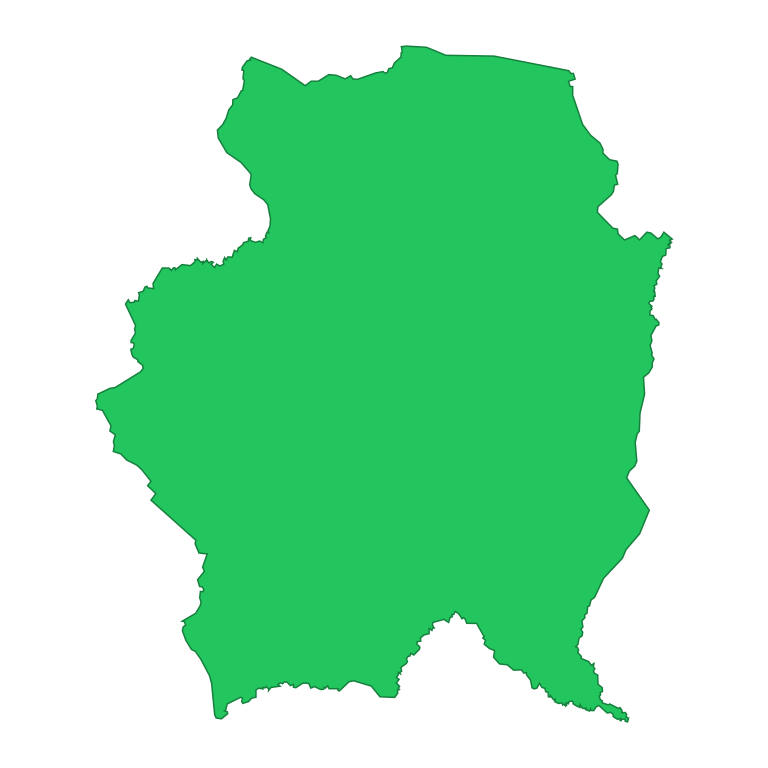 Mueang Udon Thani, Udon Thani, Thailand (Robinson projection)
{"feature_id": "78962969B37195167988634", "entity_name": "Mueang Udon Thani", "entity_type": "district", "adm_level": 2, "iso_a3": "THA", "parent_name": "Thailand", "parent_adm1": "Udon Thani", "projection": "robinson", "projection_center": [102.8, 17.39], "detail": "fine", "context": "isolated", "style": "filled", "palette": "green", "viewbox_px": 768, "rotation_deg": 0, "n_neighbors": 0, "source": "geoboundaries", "source_scale": "gbopen_adm2", "svg_char_len": 6057}
<svg xmlns="http://www.w3.org/2000/svg" viewBox="0 0 768 768"><path d="M217.4,130.1L218.3,138.1L226.8,152.6L241.2,162.6L250.2,173.0L251.2,174.9L249.7,184.8L251.1,189.0L254.9,193.8L263.8,199.8L267.7,204.5L270.5,218.8L270.0,226.1L268.0,230.8L268.7,232.7L267.0,232.2L265.5,236.1L266.5,237.5L263.4,239.3L262.8,242.8L259.7,241.0L255.6,242.4L250.3,240.5L250.7,237.7L248.6,238.3L248.2,241.3L243.6,242.6L242.6,245.0L238.2,248.1L237.2,251.8L234.4,250.4L232.2,257.2L227.9,256.9L226.1,259.9L224.6,257.6L223.1,261.4L223.8,264.1L219.9,266.0L216.6,264.1L214.7,267.5L211.2,264.3L213.3,262.3L211.3,261.5L208.7,262.9L206.9,260.0L206.9,261.4L205.8,260.8L202.8,263.6L203.1,261.4L200.7,262.2L197.3,258.3L197.1,260.0L194.9,259.6L195.0,261.9L190.4,265.6L182.0,264.6L175.5,269.7L174.9,267.7L173.2,268.0L171.5,270.4L169.0,268.1L162.3,268.0L153.0,283.5L153.6,288.6L147.6,287.9L146.9,286.3L144.8,287.2L143.3,291.2L138.6,292.7L139.4,294.7L138.4,301.2L134.8,300.5L134.4,302.2L129.8,302.7L128.3,299.8L125.5,304.1L135.6,325.6L134.6,329.0L135.5,333.1L131.1,340.4L131.1,342.6L133.5,342.8L134.3,344.9L133.1,348.6L130.8,349.3L131.9,354.2L133.3,357.1L137.6,359.6L137.9,361.6L142.5,365.2L143.1,368.5L140.4,371.9L115.0,387.6L109.8,388.4L97.9,394.1L97.3,398.9L95.8,400.6L97.4,406.4L96.7,408.9L102.4,410.3L111.0,425.8L109.9,431.0L115.3,434.8L113.4,441.6L114.4,445.6L113.3,451.5L120.8,453.9L126.7,460.0L136.8,465.1L141.9,469.8L151.0,481.3L147.6,485.7L155.8,493.6L151.0,500.2L195.9,540.3L195.1,543.8L199.0,553.0L207.2,553.9L202.6,567.2L204.4,571.2L197.6,579.7L199.6,586.5L202.3,586.9L203.8,589.7L203.2,591.6L200.4,591.5L199.7,597.8L201.1,602.2L200.1,605.8L195.7,613.3L182.2,621.2L184.4,621.6L185.6,625.0L183.1,627.1L182.4,630.7L185.8,640.2L191.5,649.5L195.4,651.4L200.8,659.2L209.5,675.6L211.6,683.3L214.7,714.9L216.2,718.0L221.5,718.8L227.7,713.7L227.3,711.8L224.4,710.8L225.8,709.7L227.2,703.9L240.7,697.3L242.5,698.3L241.7,701.4L242.7,703.4L248.5,701.6L251.6,698.2L256.0,697.2L255.9,690.0L258.7,688.2L262.9,688.9L262.5,687.6L265.0,687.9L266.1,686.6L268.7,688.9L268.6,690.5L271.1,687.4L280.1,686.2L277.9,684.3L280.3,682.9L282.6,683.7L284.5,681.9L287.1,682.1L290.3,685.6L293.5,684.4L293.4,687.2L295.8,687.7L302.8,683.2L307.2,683.2L308.8,683.5L310.8,688.1L314.5,686.6L320.6,689.5L323.7,689.3L324.1,687.3L325.5,688.1L327.7,685.8L329.1,688.7L338.2,688.7L338.0,690.5L339.4,690.9L349.1,681.7L353.8,680.8L371.3,686.1L380.0,696.8L394.7,697.4L397.7,693.2L397.4,690.2L399.4,689.5L398.2,688.2L399.6,686.4L396.4,682.9L399.1,679.4L396.4,677.4L398.4,674.6L398.2,672.5L400.3,673.7L399.7,672.4L401.6,671.3L400.9,667.4L406.3,663.5L407.4,661.7L406.4,658.9L408.1,656.2L409.8,656.1L410.9,653.3L413.8,655.0L419.5,649.2L419.8,646.9L416.9,644.1L417.1,641.8L420.8,641.1L420.4,638.1L423.9,635.0L429.1,633.7L429.2,628.5L431.9,630.4L432.5,628.1L434.1,628.0L432.5,625.2L432.9,622.4L443.9,619.4L448.6,622.4L450.0,617.7L452.3,616.7L451.7,614.7L453.8,614.5L455.1,611.4L458.8,613.8L462.0,618.8L463.6,617.7L465.1,618.9L466.7,623.3L476.6,623.4L484.1,636.7L482.8,638.0L485.5,640.2L484.2,644.2L489.5,648.5L494.6,650.6L493.6,657.2L499.5,663.9L507.4,664.8L513.5,670.1L521.6,669.9L523.7,673.1L526.4,672.7L526.5,674.8L530.6,680.2L532.0,687.8L534.2,688.9L536.9,688.1L539.5,683.3L542.0,687.5L544.9,688.3L545.7,691.7L548.1,692.3L548.4,696.8L550.0,697.0L550.4,695.6L553.7,699.9L555.3,699.2L554.9,701.7L558.6,703.5L562.0,702.8L562.7,705.1L564.1,704.2L565.3,705.8L565.8,704.3L566.6,706.1L566.5,702.7L568.3,703.7L569.2,701.5L572.1,701.2L573.4,702.2L573.0,703.7L575.9,705.6L580.0,707.5L580.0,704.7L582.7,708.5L586.0,708.2L585.5,709.5L589.3,711.0L590.5,709.0L590.7,710.5L593.8,710.6L595.9,707.1L598.9,705.4L607.2,713.0L610.9,712.4L613.2,714.5L613.1,716.5L617.5,719.3L620.4,718.5L620.1,720.4L621.1,720.7L621.5,719.2L624.9,719.1L625.2,721.2L627.5,721.9L628.6,718.1L626.1,717.0L626.6,714.3L625.3,712.5L621.7,712.7L622.1,710.8L620.1,707.6L618.4,708.4L609.8,704.0L608.3,704.9L602.2,702.8L602.3,700.8L600.2,699.7L599.3,695.9L600.6,694.9L600.2,692.5L602.5,691.5L602.2,687.7L598.0,684.2L597.7,675.1L594.3,673.2L593.5,670.8L594.8,668.8L593.4,666.8L593.9,663.5L591.3,665.3L588.6,661.5L581.0,658.4L581.4,656.4L577.7,652.5L578.6,650.3L577.5,647.5L575.7,646.7L577.9,644.5L579.0,638.1L582.1,635.8L582.7,632.3L580.9,629.2L582.9,627.0L581.9,620.8L584.9,617.7L584.5,615.0L587.0,613.1L587.7,606.6L589.5,605.9L591.0,600.0L594.6,597.3L603.6,578.2L622.4,558.2L626.1,549.5L639.6,533.8L649.3,510.2L626.6,477.8L629.4,471.0L634.6,466.2L636.8,461.1L635.2,442.4L637.2,433.8L639.3,431.2L640.0,413.2L644.6,394.1L643.5,377.2L648.9,372.8L652.4,366.7L652.1,363.3L654.0,358.9L651.5,355.0L652.2,353.0L650.1,345.4L651.9,340.8L650.9,335.4L656.2,325.8L658.6,325.2L659.0,322.8L656.2,319.2L655.1,319.6L653.3,315.7L649.8,314.9L650.1,310.8L652.0,308.8L650.8,307.1L651.9,306.3L648.9,303.5L649.7,301.2L652.8,301.1L654.0,299.3L653.6,296.2L655.2,296.3L654.6,291.4L653.5,291.5L654.8,288.2L654.0,285.7L656.8,284.3L656.2,280.9L659.7,276.1L658.0,274.0L658.7,268.2L661.8,268.4L660.7,267.3L662.0,264.0L660.4,261.8L662.4,256.4L665.7,255.1L666.1,248.5L669.8,247.9L670.1,246.4L668.6,245.5L670.7,243.3L668.8,243.8L670.9,241.5L669.5,240.2L672.2,239.1L663.9,232.2L660.9,237.1L657.8,238.9L650.9,233.0L646.8,232.2L639.6,239.9L634.9,235.6L624.5,240.0L618.2,234.0L617.4,229.1L612.7,228.1L597.4,212.4L597.8,206.8L611.4,194.7L613.4,191.4L614.4,185.1L617.7,184.3L615.5,175.2L617.3,173.6L618.0,164.1L617.0,161.2L609.6,159.7L602.9,153.2L603.0,149.3L599.9,143.0L590.5,135.2L582.6,124.4L572.7,95.4L572.7,86.6L570.1,86.4L568.5,81.3L575.1,79.1L573.4,73.5L570.7,73.4L568.8,70.7L494.1,56.1L445.9,55.3L426.5,47.3L406.2,46.1L401.4,46.7L402.3,52.0L401.2,52.7L401.0,57.0L394.4,63.0L392.3,67.9L388.8,68.7L387.3,72.5L385.0,73.2L383.1,71.6L375.8,72.9L357.2,79.4L352.8,78.9L350.7,75.7L345.2,78.9L336.2,75.3L328.8,74.6L318.3,81.2L311.2,81.2L305.2,85.7L281.8,69.3L251.3,57.2L249.6,59.3L250.3,60.1L247.0,60.9L242.4,67.3L241.9,70.0L243.8,70.4L243.0,78.7L244.4,80.8L242.6,90.5L241.3,90.8L237.5,97.9L232.9,99.6L232.7,104.8L228.9,109.7L226.1,118.4L222.7,124.6L217.4,130.1Z" fill="#22c55e" stroke="#15803d" stroke-width="1.5"/></svg>